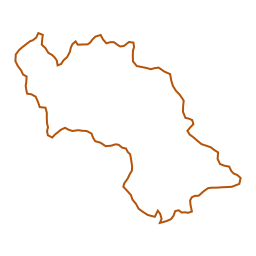 the district of Ipatinga, Minas Gerais, Brazil
{"feature_id": "56859067B61763369021811", "entity_name": "Ipatinga", "entity_type": "district", "adm_level": 2, "iso_a3": "BRA", "parent_name": "Brazil", "parent_adm1": "Minas Gerais", "projection": "natural_earth1", "projection_center": [-42.604, -19.445], "detail": "fine", "context": "isolated", "style": "outline", "palette": "amber", "viewbox_px": 256, "rotation_deg": 0, "n_neighbors": 0, "source": "geoboundaries", "source_scale": "gbopen_adm2", "svg_char_len": 1978}
<svg xmlns="http://www.w3.org/2000/svg" viewBox="0 0 256 256"><path d="M231.8,186.8L239.3,183.9L240.6,178.0L237.3,175.0L233.6,173.5L231.3,171.0L229.2,166.6L224.3,165.7L220.0,164.0L217.6,158.9L218.1,152.4L214.3,150.0L210.8,147.3L206.2,145.7L201.6,144.2L197.9,141.2L192.9,136.9L189.6,134.5L187.4,130.8L190.4,127.2L193.4,124.2L192.2,120.1L189.0,118.7L185.4,117.8L183.0,111.9L183.1,106.6L183.7,100.6L179.8,94.8L175.8,90.6L172.9,85.9L171.3,80.7L170.1,74.1L164.2,71.5L158.6,67.6L154.5,68.2L150.8,69.2L146.1,67.9L136.7,66.0L133.0,61.3L132.8,55.7L133.0,50.5L134.1,47.1L133.4,42.6L129.0,42.0L124.0,45.9L120.2,46.5L117.3,44.7L114.0,42.2L110.3,42.2L106.4,43.3L102.9,39.3L100.7,35.0L95.4,36.6L92.6,39.3L90.2,42.6L87.6,44.4L82.1,44.5L77.8,44.7L75.6,41.4L72.4,44.2L70.9,47.5L69.8,52.0L67.2,57.0L63.5,60.3L61.1,64.0L57.6,65.4L56.8,60.5L54.6,57.4L52.3,55.1L48.3,52.8L45.3,47.9L41.8,44.8L42.1,40.4L42.8,34.9L38.3,33.1L36.2,37.6L32.9,40.2L29.8,41.4L26.2,44.2L22.2,47.3L19.2,49.9L15.8,54.4L15.4,61.1L17.8,66.0L21.2,70.5L23.0,74.5L26.6,76.5L26.3,82.1L25.7,85.7L26.3,89.9L27.2,93.7L31.3,94.3L35.7,96.7L38.2,102.5L39.7,107.1L45.5,107.7L46.8,112.7L46.8,118.0L47.0,123.1L48.0,127.4L47.0,131.2L47.9,135.3L52.3,137.5L54.8,134.7L58.2,132.0L60.8,129.8L65.0,127.8L68.8,129.8L72.4,131.0L78.1,130.2L82.7,130.8L86.6,131.0L91.5,133.5L93.1,137.7L95.2,141.2L100.7,142.8L105.7,146.2L111.1,145.7L115.5,144.3L118.7,144.8L122.2,147.7L126.0,148.5L127.7,151.9L130.2,154.4L131.3,160.8L132.1,166.2L131.9,170.7L129.9,173.9L127.7,178.6L124.3,183.3L123.3,186.7L127.7,191.4L131.0,195.2L132.4,199.5L136.0,203.9L138.6,208.7L142.8,211.8L147.8,215.0L154.8,216.8L157.8,210.7L160.1,213.7L161.6,218.8L159.9,222.9L163.0,222.1L166.4,221.1L170.9,219.2L173.5,215.8L175.2,211.1L178.7,210.3L181.6,212.5L184.9,212.3L188.1,212.8L191.9,211.5L190.5,204.8L190.1,200.5L191.8,197.3L194.7,195.9L198.7,195.7L203.5,191.4L208.0,188.2L211.5,187.7L216.0,187.7L221.5,187.3L226.2,187.1L231.8,186.8Z" fill="none" stroke="#b45309" stroke-width="2"/></svg>